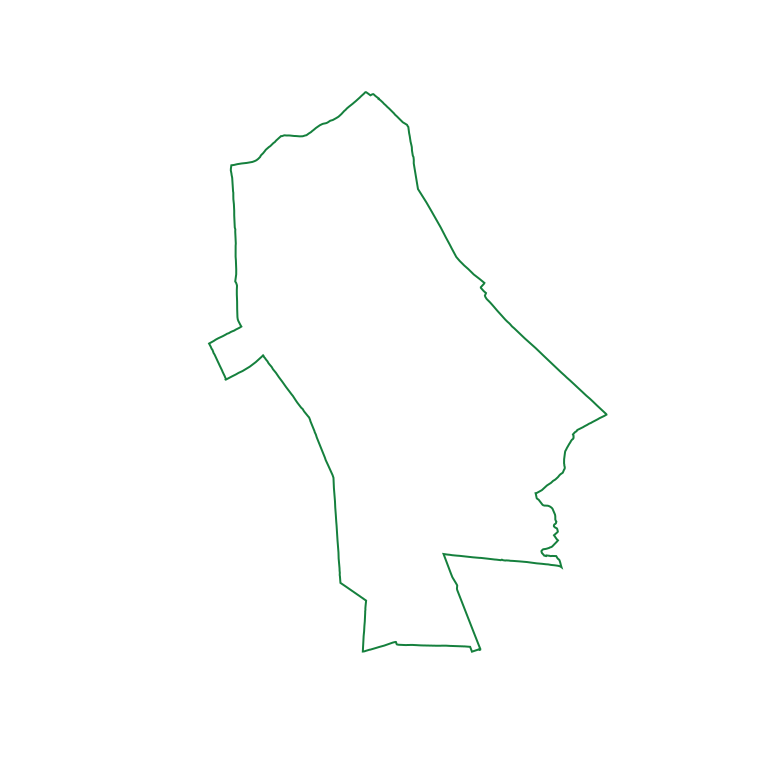 outline of Corlatel, Mehedinti, Romania, rotated 305°
{"feature_id": "2599482B35238828278116", "entity_name": "Corlatel", "entity_type": "district", "adm_level": 2, "iso_a3": "ROU", "parent_name": "Romania", "parent_adm1": "Mehedinti", "projection": "orthographic", "projection_center": [22.928, 44.38], "detail": "fine", "context": "isolated", "style": "outline", "palette": "green", "viewbox_px": 768, "rotation_deg": 305, "n_neighbors": 0, "source": "geoboundaries", "source_scale": "gbopen_adm2", "svg_char_len": 6166}
<svg xmlns="http://www.w3.org/2000/svg" viewBox="0 0 768 768"><g transform="rotate(305 384 384)"><path d="M486.5,583.8L486.8,583.4L488.6,570.6L489.4,565.6L490.0,561.4L490.5,556.5L493.6,534.5L494.1,530.0L494.5,527.5L495.1,522.6L498.7,498.5L499.4,494.1L500.4,487.6L501.2,480.8L501.7,476.6L502.1,473.2L504.3,458.8L504.6,455.8L505.3,453.1L505.6,451.4L505.8,449.4L506.3,446.5L509.0,434.8L511.0,427.0L511.7,424.0L512.5,419.4L513.4,417.2L514.2,416.0L517.0,415.4L517.3,412.4L518.3,408.2L518.8,407.8L523.4,408.4L524.4,408.3L524.9,401.5L525.2,394.7L526.5,387.1L527.1,381.7L528.2,375.5L529.5,370.4L533.9,361.7L535.8,358.1L539.4,350.9L544.8,340.6L553.2,322.9L557.1,314.5L563.2,300.0L581.8,281.8L584.6,279.9L586.8,278.0L587.6,276.6L591.3,273.0L594.0,270.9L595.4,269.4L597.8,266.7L601.8,262.9L603.9,260.7L608.5,256.5L608.9,255.3L609.5,254.2L609.3,250.8L609.2,249.7L609.2,249.1L609.5,247.5L609.8,245.7L610.6,241.2L611.0,238.1L611.3,237.5L612.4,231.3L612.7,229.5L612.8,228.2L613.3,225.5L613.6,222.9L613.9,221.9L614.4,218.3L614.4,216.0L614.9,216.0L614.9,213.8L615.1,210.9L615.3,210.0L615.3,209.0L615.2,208.8L614.3,208.1L612.7,207.3L612.8,203.1L612.7,201.8L612.4,201.5L612.1,201.3L611.6,201.2L610.6,201.1L606.3,200.1L605.0,199.9L599.4,198.6L597.6,198.1L595.6,197.6L591.0,196.2L588.3,195.5L586.6,195.3L584.7,194.8L580.8,194.3L578.5,193.8L576.8,193.4L574.5,192.4L571.0,190.7L570.2,190.1L569.5,189.5L568.7,188.9L566.3,188.0L565.1,187.4L564.4,186.9L562.4,185.0L561.8,184.5L559.3,183.1L554.7,181.4L551.3,180.5L550.5,180.2L548.4,179.7L546.3,178.8L543.4,177.8L542.9,177.4L542.4,176.9L540.3,175.3L538.5,172.9L536.7,169.8L535.6,168.1L533.8,164.8L532.9,163.3L531.9,162.0L530.6,159.8L530.0,159.3L528.7,158.4L528.3,158.0L528.1,157.5L521.6,156.0L519.6,155.8L517.9,155.2L513.6,154.4L512.1,153.8L508.0,152.8L506.7,152.8L503.7,152.6L501.1,152.1L499.9,152.1L499.0,152.3L496.1,151.8L495.3,151.5L494.2,151.2L492.4,150.2L490.4,148.8L486.4,144.8L482.9,140.8L480.0,137.8L477.3,135.4L475.6,133.5L472.5,135.1L471.1,136.0L468.8,138.4L467.9,139.2L465.8,141.4L455.3,149.8L454.2,150.9L452.3,152.2L449.0,154.6L445.2,157.9L439.9,162.0L436.2,164.6L426.6,172.0L425.4,173.5L423.4,174.8L414.1,182.0L412.1,183.2L403.2,189.4L400.4,191.7L393.0,197.3L389.1,200.0L382.7,203.3L382.5,203.6L382.2,204.6L381.0,206.3L380.2,207.2L376.6,209.5L372.9,212.1L367.4,216.3L361.1,220.8L354.7,225.6L353.1,227.1L352.1,228.5L350.2,232.1L349.2,234.2L347.1,233.3L343.2,231.2L342.1,230.8L339.8,229.3L338.6,228.6L336.6,227.7L335.1,226.6L333.9,226.1L330.7,224.5L326.4,222.0L323.8,220.7L321.5,219.8L316.8,217.5L315.0,221.0L314.0,222.5L313.8,223.1L313.8,223.5L312.3,225.8L311.8,226.3L310.9,228.4L306.9,235.3L306.0,236.9L305.0,238.6L302.2,243.6L301.4,244.8L299.0,249.1L298.3,250.1L297.7,251.3L297.2,251.7L296.8,251.7L296.8,251.9L303.2,255.2L306.9,257.2L309.7,258.5L313.5,260.7L321.2,264.1L326.5,265.8L328.4,266.4L336.3,268.2L338.1,268.5L337.9,269.3L337.3,270.2L336.8,272.3L336.5,272.7L335.7,275.7L335.2,276.6L334.9,277.2L334.3,279.2L333.9,280.8L333.5,282.3L332.4,284.6L331.2,289.0L329.3,294.0L327.6,299.2L325.4,305.3L322.5,314.3L322.0,316.1L319.9,321.3L319.0,323.7L317.2,329.4L317.0,330.3L316.9,331.6L315.7,334.3L313.8,341.0L313.7,341.8L313.1,342.6L312.4,343.8L311.3,345.1L305.5,354.1L304.8,354.9L303.5,357.2L301.7,359.5L289.8,377.8L288.3,379.8L285.4,384.8L279.9,394.1L278.2,396.4L270.1,402.6L259.7,411.2L255.0,414.8L249.5,419.3L243.9,423.8L240.9,426.3L229.5,435.4L219.8,443.4L215.1,446.9L207.6,453.2L205.6,454.7L204.0,456.1L202.1,457.3L201.2,458.2L196.1,462.4L196.2,469.0L196.3,493.6L191.6,496.2L189.4,497.5L188.5,498.2L186.8,499.1L186.0,499.7L178.4,504.5L175.3,506.3L174.6,506.7L170.1,509.5L166.0,511.8L152.7,520.1L153.1,520.6L153.9,521.4L154.9,522.1L158.2,524.7L158.5,525.1L160.0,526.3L163.0,528.7L165.7,530.8L169.8,534.2L177.2,539.5L178.9,541.0L179.4,541.5L179.5,541.8L178.3,543.3L178.1,544.0L178.7,545.4L182.5,551.4L184.8,554.5L186.6,557.0L191.2,564.4L199.7,577.1L205.3,585.0L207.2,588.1L215.5,600.9L218.1,605.3L215.2,609.6L220.6,613.6L221.0,614.9L221.3,615.1L221.6,615.2L222.2,614.2L222.5,614.4L224.3,611.6L227.1,607.4L232.6,599.1L257.2,562.2L258.1,561.2L261.0,559.5L261.8,557.9L264.9,550.9L267.2,547.4L278.9,530.3L280.5,533.5L281.9,536.0L282.8,537.9L285.0,541.8L286.5,544.3L292.9,556.0L296.2,561.7L297.1,563.1L300.1,568.6L303.7,575.3L304.7,577.0L306.7,580.8L307.5,581.1L307.8,581.6L307.8,582.0L307.9,582.5L309.0,584.7L309.4,585.0L310.5,586.7L311.1,587.7L311.6,588.8L313.3,591.5L316.8,597.4L318.0,599.5L320.2,603.3L322.0,606.8L324.7,612.0L327.3,616.5L329.2,620.0L330.4,622.0L331.6,624.6L333.5,628.0L334.9,630.8L335.6,632.7L335.7,633.7L335.7,634.5L336.8,633.1L338.8,630.8L340.3,628.8L340.6,627.6L340.6,626.5L341.8,623.8L339.9,620.8L338.4,618.9L338.2,618.1L336.8,615.5L336.1,615.6L335.8,615.1L335.8,614.3L335.3,613.8L335.6,612.7L336.0,611.0L336.2,610.2L337.0,609.2L337.4,608.8L338.0,608.8L339.3,609.0L339.9,609.2L341.7,611.1L342.5,611.8L344.6,613.4L345.2,613.6L346.3,614.5L347.4,615.0L348.2,615.1L354.4,616.1L355.7,616.2L355.8,615.5L356.0,614.4L357.6,610.0L360.6,610.7L361.7,611.0L362.7,611.1L363.0,610.9L364.6,609.0L364.9,608.3L364.6,606.7L364.7,605.6L364.9,604.8L365.6,604.3L366.5,604.1L367.6,604.5L368.5,604.7L369.1,604.5L369.6,604.2L370.0,604.2L370.5,603.2L371.2,602.1L374.0,600.1L375.1,599.0L378.4,593.7L378.7,592.7L378.8,591.9L378.8,590.3L378.6,589.1L378.4,588.5L378.3,588.1L377.7,587.1L376.4,585.1L376.2,584.5L376.0,583.9L376.0,583.1L377.9,577.1L377.9,576.4L377.9,575.1L378.0,574.7L378.2,574.4L380.5,572.0L381.5,570.8L382.5,571.7L387.6,574.2L394.4,575.7L398.8,577.5L401.7,578.1L403.4,578.9L404.3,579.2L407.4,579.9L410.2,580.1L411.5,580.4L413.8,581.3L414.5,581.2L417.2,580.6L418.1,580.6L419.0,580.2L420.0,579.3L420.5,578.6L421.2,578.1L422.3,577.0L425.7,574.7L432.0,571.4L433.0,571.0L435.1,570.8L435.9,570.6L441.4,570.1L442.4,570.1L443.1,570.1L443.9,569.9L446.1,569.9L447.3,570.3L448.2,570.3L448.6,570.1L449.1,569.7L449.4,569.7L449.7,569.3L450.4,568.9L450.7,568.5L450.7,568.2L451.0,567.7L453.0,567.9L454.5,568.2L455.7,568.8L456.7,568.7L457.3,568.8L462.8,571.8L464.4,572.5L467.3,574.0L468.8,574.6L471.3,576.1L472.1,576.4L474.6,577.7L477.7,579.3L479.7,580.2L484.1,582.7L486.5,583.8Z" fill="none" stroke="#15803d" stroke-width="2"/></g></svg>